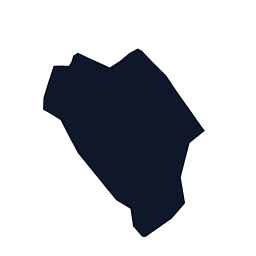 Nykvarn, Stockholm, Sweden (Natural Earth projection), rotated 227°
{"feature_id": "70781695B30902194250212", "entity_name": "Nykvarn", "entity_type": "district", "adm_level": 2, "iso_a3": "SWE", "parent_name": "Sweden", "parent_adm1": "Stockholm", "projection": "natural_earth1", "projection_center": [17.413, 59.188], "detail": "fine", "context": "isolated", "style": "filled", "palette": "ink", "viewbox_px": 256, "rotation_deg": 227, "n_neighbors": 0, "source": "geoboundaries", "source_scale": "gbopen_adm2", "svg_char_len": 643}
<svg xmlns="http://www.w3.org/2000/svg" viewBox="0 0 256 256"><g transform="rotate(227 128 128)"><path d="M75.8,162.6L74.4,181.6L79.0,182.1L83.9,182.8L86.2,183.0L89.4,183.6L117.6,187.4L120.9,187.8L140.6,191.0L161.7,190.2L174.8,190.1L178.9,188.7L181.1,179.8L181.7,168.2L184.0,155.4L206.2,146.2L216.6,142.1L217.4,137.4L214.4,132.2L212.9,126.8L217.1,122.9L223.3,116.0L218.2,106.7L213.6,98.4L207.1,87.2L199.2,79.3L194.6,80.8L179.9,84.9L161.5,79.7L143.7,75.0L98.9,71.9L83.5,70.9L67.1,75.5L52.3,65.4L39.1,65.0L37.1,66.9L32.7,98.2L34.7,116.8L34.9,118.1L56.4,132.3L64.7,145.1L75.8,162.6Z" fill="#0f172a" stroke="#020617" stroke-width="1.5"/></g></svg>